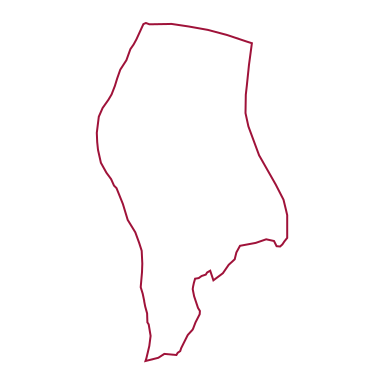 the district of Omala, Kogi, Nigeria
{"feature_id": "59680162B69944768623609", "entity_name": "Omala", "entity_type": "district", "adm_level": 2, "iso_a3": "NGA", "parent_name": "Nigeria", "parent_adm1": "Kogi", "projection": "equal_earth", "projection_center": [7.533, 7.781], "detail": "fine", "context": "isolated", "style": "outline", "palette": "rose", "viewbox_px": 384, "rotation_deg": 0, "n_neighbors": 0, "source": "geoboundaries", "source_scale": "gbopen_adm2", "svg_char_len": 1369}
<svg xmlns="http://www.w3.org/2000/svg" viewBox="0 0 384 384"><path d="M145.5,361.0L158.3,357.8L164.3,353.9L176.4,355.0L177.7,352.8L180.2,351.1L181.2,348.1L184.4,341.7L187.6,335.3L188.1,334.6L192.5,329.8L193.1,328.7L195.5,322.4L197.5,318.5L199.7,314.2L199.9,311.0L198.0,307.9L194.1,296.2L192.7,289.1L193.1,286.5L193.9,282.8L195.1,278.7L198.7,278.1L201.6,276.0L205.8,274.6L207.1,272.5L210.2,270.7L213.4,280.3L220.4,275.1L222.9,273.2L228.7,264.8L234.7,259.3L236.4,252.4L240.0,245.8L255.7,242.9L266.2,239.3L274.0,241.0L276.6,246.2L280.1,246.5L282.4,244.4L284.4,241.4L287.2,237.9L287.2,215.2L286.1,210.4L283.5,199.7L275.8,184.7L259.5,156.0L259.2,155.6L248.4,126.4L245.5,113.1L245.8,94.7L246.8,85.9L249.0,64.7L249.8,58.8L251.7,44.6L251.9,43.2L250.9,42.9L246.5,41.5L227.4,35.1L207.9,29.9L188.8,26.5L171.3,23.9L168.9,24.0L149.4,24.3L145.9,23.0L143.4,24.1L136.4,39.4L133.6,44.5L130.4,49.1L126.4,60.2L120.3,69.6L117.2,78.4L114.9,85.9L111.6,94.4L108.4,99.8L102.6,108.0L98.8,116.7L96.8,132.8L97.2,142.1L97.9,148.9L98.1,150.3L100.9,162.8L106.4,172.7L111.1,179.1L114.0,185.6L116.5,188.1L122.9,204.0L127.7,219.9L135.3,232.3L139.2,243.0L141.7,250.8L142.3,263.6L142.0,272.2L140.7,287.2L142.7,293.7L144.2,300.9L144.2,301.4L145.2,306.5L147.1,313.4L147.4,322.4L148.7,324.4L150.6,335.9L149.3,346.0L147.7,352.8L146.4,358.2L145.5,361.0Z" fill="none" stroke="#9f1239" stroke-width="2"/></svg>